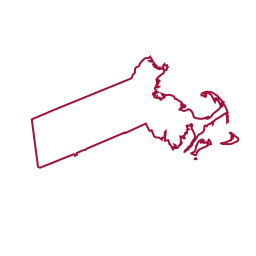 map outline of Massachusetts (Natural Earth projection), rotated 336°
{"feature_id": "USA-3513", "entity_name": "Massachusetts", "entity_type": "State", "adm_level": 1, "iso_a3": "USA", "parent_name": "United States of America", "parent_adm1": "", "projection": "natural_earth1", "projection_center": [-70.926, 42.063], "detail": "fine", "context": "isolated", "style": "outline", "palette": "rose", "viewbox_px": 256, "rotation_deg": 336, "n_neighbors": 0, "source": "natural_earth", "source_scale": "10m", "svg_char_len": 6071}
<svg xmlns="http://www.w3.org/2000/svg" viewBox="0 0 256 256"><g transform="rotate(336 128 128)"><path d="M156.5,154.6L156.7,154.0L159.7,149.1L161.1,146.3L160.2,146.6L159.6,147.5L157.8,150.7L157.5,151.1L156.9,151.4L155.0,150.8L154.7,151.2L154.2,152.3L152.5,149.5L151.4,148.8L150.3,148.3L149.4,147.6L148.8,146.8L148.5,146.3L148.4,145.8L148.6,143.1L148.5,142.1L148.8,140.6L148.7,139.8L148.5,139.6L148.0,139.5L147.0,139.6L146.6,139.4L146.4,139.1L146.0,131.2L123.3,131.5L123.3,130.8L81.9,130.1L80.9,130.6L80.4,130.6L78.5,130.1L71.0,130.0L70.6,131.6L68.3,131.8L68.2,130.0L65.3,129.8L31.4,128.5L30.0,126.8L43.6,81.0L52.7,81.1L58.1,81.3L63.0,81.2L150.4,84.0L151.4,83.8L152.2,83.2L153.8,81.6L154.2,81.3L156.5,80.5L157.0,79.9L157.7,78.2L158.2,77.4L158.9,76.6L159.5,76.1L160.4,75.9L162.6,76.0L163.1,75.9L163.8,75.4L165.0,74.1L165.9,73.5L171.2,71.3L171.7,71.3L172.4,71.3L174.2,72.1L175.3,72.4L177.3,71.9L177.2,72.4L177.7,74.8L177.6,75.4L177.1,75.6L174.6,75.4L175.1,76.1L175.7,76.4L176.8,76.9L177.6,76.9L177.7,77.1L178.0,77.7L177.8,78.6L179.4,83.0L179.0,83.5L177.4,81.2L176.8,80.7L177.0,82.8L178.1,84.0L181.2,85.4L180.4,85.8L179.4,85.8L180.4,87.0L183.4,87.3L183.5,88.2L184.5,88.8L184.7,88.1L184.6,86.3L185.1,85.7L185.8,85.2L187.2,84.5L187.1,85.5L187.3,86.0L187.8,86.3L188.5,86.3L189.1,86.5L188.9,87.6L189.1,88.2L189.1,88.6L188.4,88.6L188.0,89.0L187.7,89.6L187.2,90.1L186.4,90.7L185.4,90.5L185.2,90.2L184.9,90.1L184.3,90.5L183.0,92.2L177.5,93.5L174.7,94.6L173.8,95.3L174.2,95.7L173.4,96.5L173.1,97.7L173.8,97.3L175.1,96.2L175.3,96.9L175.9,97.5L176.0,97.9L175.0,98.2L173.1,100.0L171.8,100.0L171.4,100.2L171.2,101.1L171.7,101.8L173.1,102.8L171.7,103.2L170.2,101.5L169.2,102.1L168.6,103.0L168.5,103.6L169.0,104.7L169.3,106.9L169.7,107.5L168.9,107.4L168.0,106.4L167.3,106.1L166.8,106.3L166.8,106.8L167.3,107.2L167.8,107.5L166.8,107.7L165.1,106.6L164.5,107.5L165.6,107.9L166.1,108.3L166.3,108.9L165.5,109.0L164.8,109.4L164.6,110.1L165.0,111.1L165.7,111.6L166.2,111.6L167.5,110.9L167.2,112.7L168.0,113.0L169.2,113.0L169.7,113.9L169.6,114.3L169.0,114.8L169.0,115.1L169.6,115.5L169.9,115.6L170.0,115.3L170.4,115.3L171.2,115.0L172.7,114.1L173.3,115.0L174.0,114.8L174.4,114.0L174.4,113.6L173.7,113.2L173.1,112.3L172.7,111.2L172.7,110.4L175.0,112.7L176.4,113.7L179.0,114.4L180.2,115.1L181.3,116.1L182.7,117.7L182.8,118.2L182.8,120.4L183.1,120.4L183.8,121.0L184.7,122.4L186.1,124.8L187.3,125.9L187.0,127.1L187.5,128.2L189.2,130.7L189.5,131.1L189.2,131.6L188.7,132.0L188.1,132.1L187.5,131.9L187.0,131.6L188.1,131.1L187.4,129.2L186.9,128.2L186.4,127.8L186.0,128.3L185.5,131.6L184.5,131.2L184.1,131.3L182.7,132.1L186.0,135.2L188.8,135.6L190.9,135.4L192.0,136.4L192.9,138.7L193.2,141.4L192.8,143.2L192.7,145.0L194.3,146.8L197.9,149.1L200.0,149.9L206.9,150.5L206.0,150.8L204.0,150.8L203.3,151.2L203.6,151.6L204.7,151.9L206.9,151.9L208.6,151.3L211.4,149.7L218.1,147.9L220.7,146.7L221.9,144.9L221.7,142.9L221.8,140.4L220.7,138.7L221.3,138.7L222.6,138.2L222.6,137.7L221.6,137.6L220.3,136.6L219.8,136.3L219.0,136.7L218.8,138.9L218.1,139.6L217.5,132.6L217.3,131.4L216.4,129.7L214.3,128.3L212.8,127.9L211.5,128.9L211.3,129.7L212.5,129.7L212.5,130.4L211.5,131.1L210.8,130.5L209.2,128.3L208.4,128.1L208.5,127.6L208.9,127.1L209.3,126.7L210.0,126.5L211.3,126.4L213.8,126.7L215.4,127.2L217.4,128.3L219.1,129.5L221.1,132.4L222.9,135.5L225.0,142.1L226.0,143.4L225.7,143.8L225.3,143.9L224.5,143.3L223.9,143.1L223.4,143.4L223.2,145.3L223.0,146.3L224.3,145.5L225.1,145.6L225.5,146.6L225.6,150.1L225.3,154.7L223.1,154.2L214.4,155.7L211.8,155.7L210.0,156.5L208.8,156.9L208.3,157.4L207.5,158.7L207.0,159.1L207.1,158.4L207.6,156.7L206.8,156.8L205.3,157.5L204.5,157.6L202.7,157.4L201.9,157.6L201.1,158.3L200.5,158.5L199.7,157.3L199.0,157.1L198.5,157.7L196.8,160.4L195.7,161.7L194.3,162.4L192.8,162.7L190.9,162.7L189.3,163.1L185.9,165.3L184.4,164.6L185.7,163.3L186.2,161.4L186.2,156.1L185.9,155.0L185.9,154.0L186.2,153.4L186.9,152.8L187.3,152.2L187.0,151.4L187.8,150.9L187.4,150.2L186.9,150.1L186.4,150.6L186.2,151.4L185.9,151.4L184.1,150.2L183.0,149.7L182.5,149.8L182.3,152.0L182.4,152.9L182.9,153.8L181.4,153.6L180.9,154.4L180.5,155.5L179.5,156.7L178.9,155.7L178.2,155.8L177.8,156.3L177.8,156.9L176.9,157.4L175.9,157.9L175.4,157.8L175.7,159.6L175.6,160.4L175.0,160.4L174.6,160.1L174.0,158.3L172.3,157.1L172.2,158.8L171.5,160.0L170.9,161.2L171.2,163.3L170.0,164.2L169.3,164.6L168.6,164.6L168.7,164.2L166.3,165.9L164.9,166.3L163.3,165.6L164.4,165.1L164.7,164.2L164.4,163.2L163.7,162.3L163.7,163.7L163.1,164.1L161.1,163.7L161.8,165.1L160.4,165.9L159.9,160.2L159.3,159.4L159.9,155.6L156.5,154.6ZM190.4,171.7L191.1,172.4L191.9,172.7L193.6,172.7L194.2,176.2L193.2,176.5L185.5,176.6L183.8,177.0L182.3,177.6L181.0,178.4L179.4,180.3L178.9,180.3L177.8,179.7L176.2,177.8L175.6,177.3L175.6,176.8L179.1,176.8L180.6,175.6L181.3,174.7L182.8,172.3L184.2,171.4L185.8,169.8L188.8,168.5L189.5,168.7L188.9,170.3L189.7,169.9L190.7,168.6L191.5,168.9L192.1,169.9L192.0,170.6L191.5,171.1L190.4,171.7ZM219.0,174.2L219.1,173.9L219.8,174.0L220.4,174.6L221.7,177.6L223.4,180.4L224.4,182.2L223.9,184.0L222.0,184.7L219.7,184.5L216.7,184.6L214.5,184.2L208.0,181.1L206.8,180.0L207.1,179.8L208.0,179.9L208.8,180.5L213.2,181.0L215.2,180.8L216.2,180.9L216.7,181.2L217.1,181.2L217.5,181.1L218.1,180.4L219.5,180.0L220.3,179.3L220.9,178.4L221.3,177.5L220.2,177.8L218.7,179.4L217.9,179.8L219.6,177.0L220.0,175.5L219.0,174.2ZM179.1,168.2L183.0,165.4L183.9,165.6L184.7,166.0L180.4,168.4L180.4,168.9L179.8,169.5L178.6,170.3L176.3,170.7L175.9,170.2L176.6,169.7L177.4,169.9L179.1,168.2ZM194.5,174.1L195.3,173.5L196.2,172.3L197.0,171.6L197.5,172.7L197.6,174.9L197.5,175.9L197.2,176.5L196.5,176.4L195.6,175.8L194.9,174.9L194.5,174.1ZM223.4,156.2L223.9,156.3L224.1,156.6L224.2,157.6L223.3,159.0L221.9,163.0L220.8,163.3L223.0,158.0L223.4,156.2ZM174.2,171.0L174.8,170.3L175.4,171.3L175.1,171.6L173.9,172.1L172.3,172.1L171.1,172.4L170.5,172.9L170.0,172.7L170.4,172.2L171.2,171.7L172.0,171.6L172.7,171.1L174.2,171.0ZM176.4,183.3L176.9,183.3L177.3,183.1L178.0,183.5L178.0,184.1L176.8,184.0L176.3,183.5L176.4,183.3Z" fill="none" stroke="#9f1239" stroke-width="2"/></g></svg>